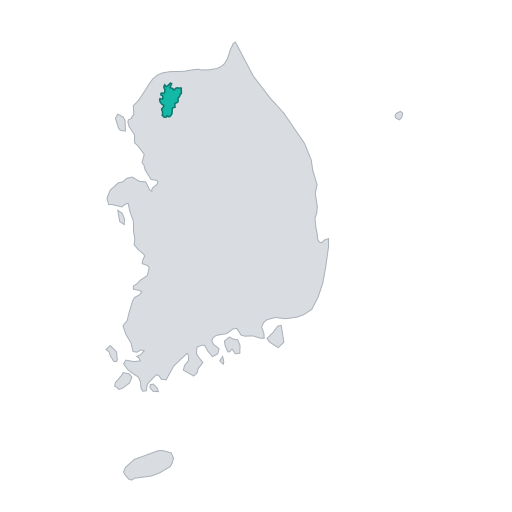 location of Pocheon-si, Gyeonggi, South Korea, rotated 356°
{"feature_id": "91817680B75483661313195", "entity_name": "Pocheon-si", "entity_type": "district", "adm_level": 2, "iso_a3": "KOR", "parent_name": "South Korea", "parent_adm1": "Gyeonggi", "projection": "orthographic", "projection_center": [127.227, 37.957], "detail": "fine", "context": "in_parent", "style": "filled", "palette": "teal", "viewbox_px": 512, "rotation_deg": 356, "n_neighbors": 0, "source": "geoboundaries", "source_scale": "gbopen_adm2", "svg_char_len": 4589}
<svg xmlns="http://www.w3.org/2000/svg" viewBox="0 0 512 512"><g transform="rotate(356 256 256)"><path d="M142.0,108.2L143.9,106.7L144.0,104.5L144.1,97.5L149.6,92.6L157.4,82.5L161.3,77.0L165.6,71.9L170.6,68.5L175.6,66.8L183.3,66.1L198.2,66.8L201.1,66.2L211.4,65.6L213.9,66.5L221.4,67.0L229.7,66.3L233.9,64.8L237.7,62.2L241.1,57.6L244.5,49.1L248.1,42.4L250.3,41.1L265.9,76.4L280.9,99.1L293.7,115.4L312.2,147.0L317.8,164.0L318.6,174.6L321.9,189.1L319.5,197.5L320.6,210.6L319.6,217.4L317.5,222.4L317.7,232.0L318.5,237.1L318.7,243.9L320.2,246.5L322.3,247.4L325.5,244.8L329.6,243.7L329.0,251.9L324.6,272.6L320.7,287.8L315.2,301.0L308.0,313.1L299.2,318.0L292.9,319.8L281.0,320.6L271.0,318.7L262.5,320.3L259.1,322.8L256.6,327.1L258.5,333.7L258.4,338.6L254.7,338.3L247.4,335.5L239.3,335.2L235.6,333.9L231.7,326.9L227.9,327.2L221.2,331.4L210.9,332.4L207.3,334.6L206.0,337.6L207.5,341.2L212.7,346.0L211.0,350.9L205.6,353.4L201.2,347.4L198.5,341.5L195.4,341.2L190.7,342.9L189.8,349.2L192.0,353.5L195.6,358.5L190.5,364.3L189.2,368.4L185.5,371.4L175.6,364.8L177.1,360.2L181.3,355.7L181.9,351.0L180.5,348.3L166.3,360.0L157.6,373.3L152.9,372.3L151.0,368.9L148.3,367.5L138.8,376.0L137.0,382.8L133.6,383.0L132.1,380.1L132.0,374.0L130.4,368.8L120.7,361.1L116.4,354.4L118.8,350.8L126.9,352.8L133.3,352.6L132.1,349.5L130.0,348.0L134.3,346.2L137.9,342.7L134.9,341.6L130.4,343.7L126.6,342.6L125.2,334.0L120.7,325.0L118.4,316.4L123.0,311.4L125.4,303.7L129.6,292.6L131.7,289.0L137.5,286.4L139.6,283.5L136.4,282.0L131.4,280.6L131.5,277.4L135.0,275.7L138.9,272.1L146.3,267.9L148.7,259.7L146.5,257.6L141.9,255.7L143.0,251.5L144.9,248.4L144.2,246.5L138.8,241.2L135.2,236.3L136.3,230.8L135.5,222.4L136.1,215.4L135.9,211.6L133.3,203.0L132.1,194.4L128.6,195.6L125.8,197.7L115.8,194.6L112.6,194.4L111.4,188.0L115.1,180.2L123.7,173.4L128.6,172.6L132.3,169.5L138.0,168.6L144.9,173.4L151.1,174.3L154.5,182.5L156.6,184.2L157.1,181.2L162.1,177.7L163.3,175.1L162.2,173.7L156.5,172.2L151.3,162.1L150.6,157.7L148.8,154.9L151.6,146.9L145.7,137.6L142.8,134.7L143.3,126.5L140.2,121.2L138.5,118.3L137.5,113.3L138.4,111.1L141.1,110.3L142.0,108.2ZM119.4,469.2L116.4,470.9L113.7,469.8L112.9,469.0L109.6,464.4L108.8,462.1L111.1,457.7L120.3,450.5L144.0,443.6L148.3,443.3L157.6,446.4L159.6,452.0L157.8,456.9L155.7,460.1L144.8,465.6L136.3,468.2L119.4,469.2ZM277.8,344.0L271.7,349.0L263.3,342.6L261.3,339.0L267.5,333.6L272.8,327.5L276.3,327.0L277.8,344.0ZM233.8,344.0L233.1,351.8L228.5,352.2L225.7,347.2L222.8,349.7L221.3,349.7L219.0,343.5L218.5,338.7L223.9,335.0L227.2,337.2L231.9,338.3L233.8,344.0ZM114.1,378.4L109.9,379.6L107.6,376.8L105.9,376.1L106.9,372.5L113.8,365.5L115.2,363.1L121.4,364.6L123.8,368.4L120.8,374.0L114.1,378.4ZM134.8,111.7L134.5,122.2L131.0,121.7L128.7,120.6L127.7,118.6L125.4,108.8L128.1,104.8L133.2,108.1L134.8,111.7ZM110.4,349.8L109.5,351.7L106.7,351.1L103.8,345.6L102.7,341.3L99.8,338.9L104.4,335.2L110.2,342.0L110.4,349.8ZM127.5,210.3L126.6,215.5L122.4,212.0L121.3,200.8L125.6,204.1L127.5,210.3ZM411.2,127.8L408.5,130.2L405.0,128.0L404.5,125.5L406.2,123.3L410.2,121.8L412.2,123.7L411.2,127.8ZM148.1,380.8L149.2,384.5L143.9,383.8L141.1,380.2L141.5,377.0L144.7,376.6L148.1,380.8ZM216.5,359.3L215.8,361.7L212.5,358.0L215.7,353.9L216.5,359.3Z" fill="#d9dde1" stroke="#a8b0b8" stroke-width="1"/><path d="M193.1,83.2L190.1,83.0L188.9,82.7L187.8,83.0L186.2,84.4L185.3,84.7L185.0,83.6L184.0,82.7L182.8,82.5L182.2,81.9L182.7,80.1L183.5,79.3L183.8,78.1L182.7,77.5L181.8,78.3L180.1,79.8L178.6,80.6L177.9,80.5L177.6,80.0L177.0,79.1L176.9,78.9L176.6,79.4L176.2,79.8L176.0,80.2L176.2,81.2L175.9,81.5L176.2,82.3L176.4,82.7L176.6,84.3L176.5,85.5L176.5,86.0L176.0,86.9L174.6,87.1L173.9,87.0L173.2,86.8L172.6,87.1L172.3,88.2L172.5,88.9L174.0,89.5L174.0,90.5L174.1,91.8L174.1,92.5L173.9,92.9L172.1,92.7L171.3,92.2L170.7,93.2L170.8,94.1L171.2,95.8L172.3,97.5L173.0,98.4L173.4,98.7L174.4,99.0L174.5,99.7L174.4,100.3L173.8,101.2L173.2,101.7L172.8,102.2L172.2,102.5L172.1,103.5L172.2,104.0L172.6,104.3L172.7,105.0L172.7,105.5L172.8,106.1L172.8,106.5L172.7,107.3L172.7,108.0L172.4,108.5L172.2,109.0L172.4,109.4L173.0,109.7L173.3,110.5L174.0,110.9L174.2,111.1L174.9,111.4L175.9,111.3L176.8,110.7L177.0,110.0L177.4,109.9L178.6,111.0L179.7,111.0L180.5,110.2L180.9,109.7L181.6,109.1L182.0,108.4L182.2,107.4L182.4,106.4L182.5,105.6L182.7,103.4L183.1,102.5L183.6,102.3L185.6,102.0L185.6,98.7L186.1,98.0L186.7,97.8L187.3,97.7L188.1,97.4L188.6,97.1L189.0,96.3L189.2,95.3L189.2,94.3L189.2,93.4L189.6,92.7L190.1,92.3L190.9,91.4L191.2,90.5L191.7,89.7L192.9,88.5L193.1,84.4L193.1,83.2Z" fill="#14b8a6" stroke="#0f766e" stroke-width="1.5"/></g></svg>